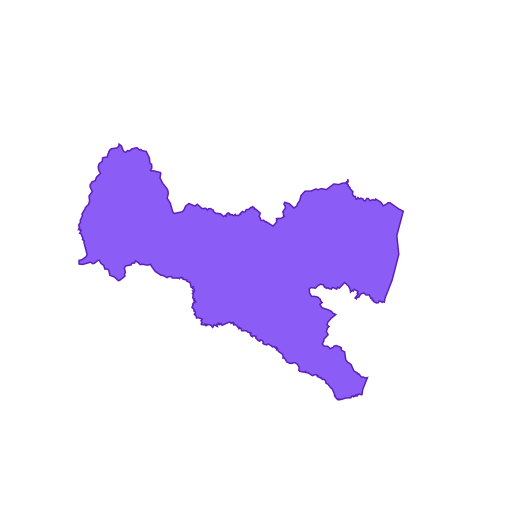 Pa Bon, Phatthalung, Thailand, rotated 51°
{"feature_id": "78962969B61161891494947", "entity_name": "Pa Bon", "entity_type": "district", "adm_level": 2, "iso_a3": "THA", "parent_name": "Thailand", "parent_adm1": "Phatthalung", "projection": "mercator", "projection_center": [100.157, 7.236], "detail": "fine", "context": "isolated", "style": "filled", "palette": "violet", "viewbox_px": 512, "rotation_deg": 51, "n_neighbors": 0, "source": "geoboundaries", "source_scale": "gbopen_adm2", "svg_char_len": 6143}
<svg xmlns="http://www.w3.org/2000/svg" viewBox="0 0 512 512"><g transform="rotate(51 256 256)"><path d="M254.1,136.2L255.4,137.6L255.6,140.5L253.6,143.3L252.7,146.6L249.0,150.2L248.7,159.5L244.9,162.6L243.5,166.2L241.6,167.2L240.2,172.3L236.5,177.1L237.3,182.8L240.5,187.2L241.7,191.2L242.8,192.7L242.6,196.3L236.3,197.2L232.3,199.9L233.3,201.7L235.7,202.0L237.3,203.0L238.6,207.5L239.3,207.4L241.8,209.1L243.0,209.1L242.6,212.7L239.8,216.5L241.0,216.9L241.0,217.5L242.6,218.6L243.5,223.9L235.9,226.5L235.9,227.1L232.9,227.6L232.2,229.1L230.9,229.7L229.2,228.7L227.5,228.8L225.3,225.7L219.1,226.8L218.7,227.6L216.9,227.0L216.2,227.9L215.6,227.7L215.5,229.1L215.0,229.3L215.2,232.5L213.8,234.3L214.8,236.7L214.2,238.0L212.8,238.5L213.1,241.0L213.9,241.7L213.2,242.4L213.7,243.9L211.5,246.3L210.6,246.0L210.6,247.8L209.7,248.6L208.9,248.4L207.3,250.6L206.6,249.8L205.4,250.1L205.3,251.1L204.7,251.3L205.2,253.2L206.2,254.2L205.1,254.6L205.0,256.3L200.7,257.1L197.4,260.4L195.3,261.0L193.3,260.4L190.4,261.6L189.4,263.1L189.8,264.8L187.3,265.0L185.2,268.1L178.8,269.1L178.8,272.0L173.0,275.1L172.9,279.3L174.8,282.9L175.2,285.5L171.4,292.9L169.1,292.9L160.8,289.3L155.2,288.7L152.3,284.9L149.7,283.3L147.4,282.8L140.9,282.8L134.8,281.4L131.8,277.9L130.8,277.9L125.3,282.0L123.9,283.9L122.9,284.0L122.2,281.7L119.2,279.5L116.9,279.9L112.8,277.2L105.6,275.5L102.6,278.1L100.7,278.5L100.1,279.8L96.9,280.4L94.6,285.0L94.8,288.0L93.2,289.6L93.5,291.4L92.9,292.5L90.8,293.0L85.8,291.3L82.9,292.0L84.4,293.8L84.5,296.1L81.6,300.9L81.6,302.5L82.2,304.4L85.4,309.5L83.3,312.8L83.5,313.9L85.6,315.8L85.7,320.1L87.3,322.4L90.1,324.1L93.9,324.8L94.3,330.2L96.2,333.5L95.2,336.7L96.3,340.1L98.0,341.5L102.9,342.7L104.3,348.0L108.6,350.8L110.5,353.6L111.0,358.2L111.9,359.3L113.8,364.8L115.5,365.6L117.8,370.3L119.3,371.1L120.1,373.9L122.2,375.3L122.7,375.0L123.8,377.3L124.9,375.8L125.4,376.4L126.1,375.9L127.4,378.7L129.1,377.9L131.4,379.0L132.7,378.8L134.0,380.5L136.1,380.0L137.0,381.1L148.7,386.4L149.6,388.8L149.3,393.9L148.0,396.3L150.9,398.6L153.5,396.0L156.7,388.4L159.3,387.7L160.0,385.7L159.9,381.8L160.6,380.6L164.2,381.1L167.5,380.3L171.1,381.7L172.7,379.7L174.2,379.3L179.0,381.7L183.3,379.2L188.5,378.5L189.1,377.5L189.2,370.6L187.3,369.5L186.6,367.8L182.6,365.9L181.7,363.5L184.3,358.8L183.5,356.8L185.1,354.9L184.0,352.8L186.7,351.7L189.8,351.4L191.1,349.3L194.8,346.1L196.2,343.1L197.3,343.6L204.7,344.0L211.3,341.9L212.3,340.7L216.9,338.7L217.0,337.1L218.9,334.5L220.4,334.9L224.8,329.7L225.4,329.7L225.1,328.5L225.8,327.3L226.6,327.5L227.2,326.8L228.2,327.3L231.2,324.9L231.9,325.6L235.2,323.9L239.5,326.1L240.6,324.2L241.5,325.9L242.8,325.0L244.5,326.0L243.4,327.2L245.1,327.5L245.1,329.0L246.4,329.0L248.5,331.3L249.9,331.7L250.5,330.8L251.5,332.2L251.7,331.6L253.4,331.7L252.9,332.3L253.7,332.9L253.0,333.7L253.5,335.5L254.4,335.5L255.5,338.1L258.8,337.8L259.7,338.9L260.7,338.2L262.5,339.4L262.2,340.2L262.8,340.8L264.3,340.0L266.7,341.3L267.8,339.5L271.2,337.5L271.7,339.5L273.6,339.7L274.2,341.3L274.9,341.6L277.0,339.5L276.5,338.7L277.3,338.3L278.6,338.8L279.0,337.9L278.3,337.3L280.5,335.1L282.8,334.2L283.2,334.7L284.2,334.6L283.2,331.7L286.4,330.4L284.6,329.5L285.0,328.8L284.4,327.7L285.5,327.2L286.3,327.8L286.6,327.2L285.9,326.5L286.5,325.6L288.5,326.0L290.5,318.5L291.8,317.5L292.6,317.8L293.2,315.6L294.3,315.4L294.4,316.3L295.6,316.7L296.7,315.1L297.8,314.7L299.7,314.9L301.0,313.9L301.7,315.1L302.8,313.1L305.0,314.2L308.0,310.5L309.9,310.3L312.7,308.4L312.9,309.6L315.1,310.1L316.6,309.5L316.0,308.5L318.5,306.6L319.5,307.8L323.4,307.4L324.6,306.6L323.9,305.6L325.7,304.3L327.6,304.4L328.1,305.6L329.7,305.2L331.9,303.6L331.6,302.9L332.5,301.5L337.2,300.3L337.5,299.0L339.4,298.8L339.3,298.1L340.5,297.5L341.1,297.7L340.8,298.5L341.7,298.2L342.0,298.8L342.4,298.0L344.2,298.6L349.0,297.2L351.4,298.2L352.1,299.3L352.9,298.4L354.9,298.2L357.4,298.8L360.4,297.4L362.2,295.6L362.5,294.0L364.0,292.6L366.0,292.0L369.7,292.5L371.8,294.7L373.3,294.5L376.3,291.9L376.9,290.2L377.6,290.9L380.0,288.8L384.5,287.5L385.2,285.2L386.6,283.5L387.8,283.2L387.8,284.0L388.7,283.9L391.5,282.6L391.5,281.9L393.5,282.2L394.8,280.8L396.9,280.5L398.7,281.6L401.3,280.7L405.2,280.9L407.3,280.4L413.7,282.3L413.9,282.8L414.8,282.6L415.0,283.1L418.7,283.0L419.8,282.4L420.1,281.6L419.6,281.5L420.9,280.6L422.9,275.5L425.9,271.5L425.3,269.9L425.8,268.9L426.5,268.9L426.2,268.3L426.9,268.1L426.9,266.5L427.4,266.9L428.4,265.5L427.4,264.7L428.3,263.7L428.2,262.6L430.2,261.4L430.4,260.8L426.9,257.1L420.6,245.9L419.7,247.8L417.6,248.7L416.5,250.4L412.4,250.2L411.8,251.2L410.6,250.8L407.1,252.3L400.2,250.4L395.9,251.6L393.1,251.5L386.3,247.5L383.2,248.8L382.1,248.5L381.2,247.5L380.2,247.6L376.0,250.1L375.2,252.1L375.5,253.5L374.8,256.6L371.3,257.1L369.2,259.5L367.5,259.9L366.0,259.7L364.8,256.8L363.4,255.8L362.6,249.5L359.1,248.9L357.0,245.9L356.7,243.5L354.1,244.2L352.6,241.7L351.7,236.5L351.7,230.8L349.0,232.2L346.7,232.2L344.0,233.3L337.7,237.3L333.8,236.8L333.8,233.8L332.0,234.1L329.9,233.3L326.8,233.9L324.3,235.8L322.4,238.2L318.5,237.7L315.3,235.5L315.1,233.1L318.4,230.1L318.0,226.9L318.5,223.7L321.0,221.7L323.2,222.4L324.2,221.4L325.3,221.8L326.1,220.0L327.5,219.7L329.3,218.1L328.6,217.0L328.8,216.0L332.5,214.2L331.6,212.2L333.4,211.6L332.4,203.8L337.6,203.0L341.2,203.8L343.5,205.2L343.4,202.7L344.4,202.6L343.6,200.7L347.7,199.1L348.8,200.9L349.8,200.5L351.0,205.4L352.5,204.9L351.8,203.8L352.7,201.6L351.6,199.3L351.6,197.5L352.8,195.4L355.6,195.0L357.6,192.5L361.3,193.4L361.7,192.4L363.3,193.4L364.3,192.6L365.3,193.3L368.3,192.0L369.3,190.2L368.6,188.8L369.0,187.9L371.5,187.1L371.6,185.9L372.6,185.3L370.1,182.5L360.5,165.5L344.6,144.0L328.7,133.7L313.9,113.4L309.2,115.5L298.8,118.4L297.6,120.1L297.9,121.0L297.1,125.5L292.7,125.1L287.0,127.2L287.5,128.2L286.4,129.7L285.8,129.6L284.7,132.6L282.0,132.6L281.0,133.7L282.0,136.7L280.4,137.3L279.0,136.9L276.9,138.2L276.9,139.6L274.7,140.1L275.4,141.2L274.8,142.4L272.1,141.4L271.1,142.4L269.6,142.3L268.5,142.0L267.0,140.2L262.8,140.6L262.0,139.9L259.9,140.3L258.9,139.6L257.1,139.9L256.3,137.7L254.1,136.2Z" fill="#8b5cf6" stroke="#5b21b6" stroke-width="1.5"/></g></svg>